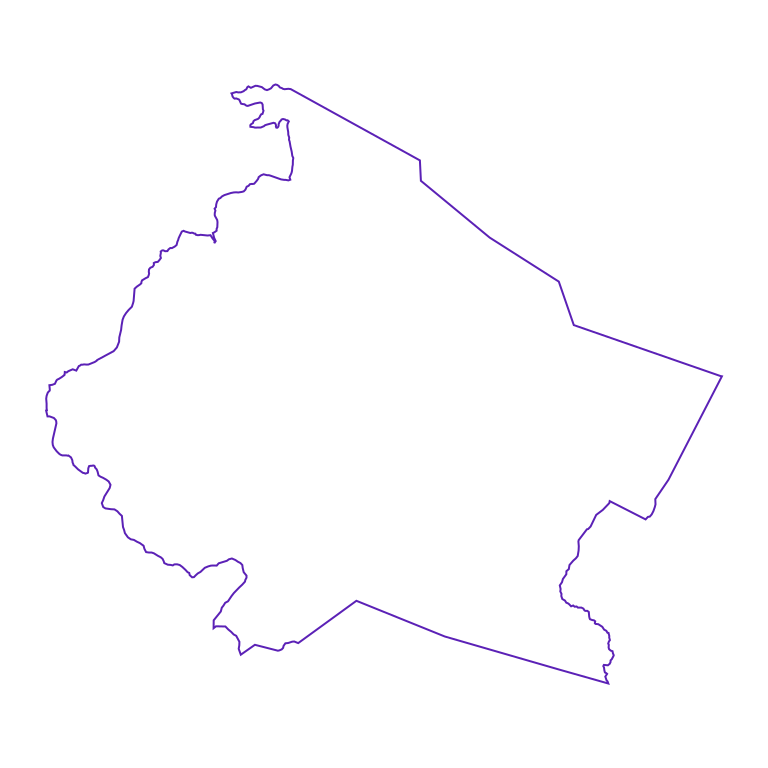 outline of San Francisco Sola, Oaxaca, Mexico
{"feature_id": "50627088B91493319317799", "entity_name": "San Francisco Sola", "entity_type": "district", "adm_level": 2, "iso_a3": "MEX", "parent_name": "Mexico", "parent_adm1": "Oaxaca", "projection": "robinson", "projection_center": [-96.931, 16.519], "detail": "fine", "context": "isolated", "style": "outline", "palette": "violet", "viewbox_px": 768, "rotation_deg": 0, "n_neighbors": 0, "source": "geoboundaries", "source_scale": "gbopen_adm2", "svg_char_len": 5993}
<svg xmlns="http://www.w3.org/2000/svg" viewBox="0 0 768 768"><path d="M420.9,180.8L419.9,160.4L290.7,89.1L288.3,88.8L284.6,89.2L283.1,88.9L282.2,88.3L279.7,87.3L278.8,86.0L277.1,84.9L275.4,84.5L273.3,85.5L271.0,88.3L269.1,89.3L267.0,90.1L264.8,89.4L261.8,87.1L257.3,85.9L255.4,85.8L250.9,87.8L248.4,86.4L247.4,87.1L246.3,89.3L244.9,90.1L243.6,91.2L241.0,92.3L238.2,92.4L236.3,92.0L231.5,93.4L232.0,94.2L232.6,96.6L233.9,98.2L234.8,98.7L236.1,98.4L238.8,99.4L239.4,100.0L241.0,103.6L242.2,104.0L244.6,104.3L245.5,105.1L246.5,105.7L247.8,105.9L254.9,103.5L260.2,102.5L261.7,103.0L262.6,104.5L262.9,109.3L263.5,110.7L262.5,113.9L261.3,114.2L260.3,115.6L259.7,117.0L259.0,118.0L258.0,118.9L254.6,120.2L253.5,121.2L252.9,123.1L251.1,124.2L250.3,125.2L250.4,126.8L253.7,127.2L254.9,127.6L260.8,127.5L263.9,126.2L265.1,125.2L266.6,124.7L273.5,122.8L275.0,123.2L275.7,124.3L276.0,125.3L275.9,126.7L276.4,127.7L277.4,127.7L278.2,126.8L278.6,125.7L278.6,124.3L279.6,121.8L281.0,120.4L281.5,119.5L283.0,119.0L285.1,119.5L286.5,120.4L287.6,120.3L288.8,121.4L287.6,123.9L287.3,125.7L287.4,127.4L288.2,132.0L288.3,134.8L289.2,137.6L289.0,139.8L289.6,141.4L290.5,146.6L291.7,151.7L292.3,155.9L293.3,158.0L292.9,160.5L292.8,164.8L292.4,166.7L292.0,170.9L291.6,172.6L291.2,173.7L289.5,177.2L290.3,179.7L288.4,180.4L285.8,179.9L284.4,179.9L281.1,179.4L270.3,175.6L268.9,175.2L267.1,175.2L263.6,174.3L261.1,175.3L258.7,177.1L258.1,178.9L256.8,180.7L254.2,183.7L252.7,184.0L251.9,183.9L249.9,184.2L248.6,185.8L246.7,186.7L245.4,189.7L243.7,191.4L241.9,191.9L238.1,192.5L236.8,192.3L234.0,192.4L230.9,193.0L224.4,195.1L222.0,196.4L220.3,198.1L218.8,198.7L217.0,201.6L216.2,204.5L216.0,207.1L214.6,208.7L215.4,210.6L214.8,212.8L214.7,215.0L215.0,216.0L217.2,220.0L217.5,222.1L217.3,227.2L216.6,228.9L216.6,230.7L214.4,232.3L212.9,233.0L214.2,238.0L215.7,241.1L214.3,243.2L214.7,240.9L213.5,239.6L212.6,238.5L210.5,235.2L207.5,235.5L200.6,234.8L199.1,235.1L197.2,235.1L195.8,234.7L195.4,233.7L194.3,233.6L192.7,232.8L191.7,232.7L190.3,233.0L185.0,231.5L183.6,230.8L181.8,231.6L179.7,235.9L178.6,238.3L178.2,239.9L177.4,241.7L176.6,245.0L174.7,246.6L171.9,248.1L170.3,248.0L168.5,249.4L167.4,251.1L165.1,251.2L163.5,250.4L162.2,250.4L160.7,251.5L160.9,252.8L160.3,255.9L160.9,258.0L159.4,260.1L157.8,261.9L155.4,262.2L153.8,263.0L153.9,265.0L152.6,266.8L150.4,267.7L149.0,269.4L148.8,271.9L149.1,273.5L148.7,275.2L147.9,277.1L145.6,278.2L142.0,280.4L141.4,282.1L141.3,283.3L140.1,284.4L136.9,286.6L134.6,288.7L133.6,301.0L133.1,303.0L131.9,306.7L128.6,310.0L126.1,313.0L123.9,316.4L122.6,319.7L121.6,325.4L121.1,329.9L119.3,337.4L119.1,341.7L116.9,347.4L113.7,351.1L97.2,360.0L96.7,360.7L94.7,362.0L88.5,364.5L86.8,364.6L84.0,364.4L82.6,364.7L81.1,364.7L80.0,365.6L78.8,366.1L76.3,370.6L72.7,369.3L68.3,371.2L66.7,372.5L64.8,372.0L64.6,374.7L64.3,374.8L64.1,375.3L61.7,377.1L59.0,378.8L57.3,379.6L56.5,380.4L54.9,383.8L52.3,384.8L49.4,385.2L49.8,389.6L49.7,390.6L48.3,392.0L47.8,392.6L47.3,393.9L46.6,395.9L46.2,398.7L46.6,403.7L46.6,408.3L46.9,410.3L46.1,410.5L47.5,416.4L49.6,416.4L53.9,418.0L55.8,420.1L56.2,421.3L56.4,423.4L52.9,438.7L52.5,442.0L52.8,445.0L53.7,447.3L54.8,448.8L56.7,451.3L59.2,453.8L60.5,454.7L62.3,455.4L66.3,455.4L67.8,455.7L68.4,455.5L71.0,457.4L72.3,460.2L72.6,462.6L73.2,463.8L73.4,464.9L75.2,466.5L78.1,469.4L82.8,472.8L84.2,473.1L85.4,473.6L87.3,473.0L88.0,472.6L88.3,468.3L89.1,466.1L90.6,465.8L91.8,465.8L93.2,465.5L94.1,465.7L94.7,466.3L95.1,467.6L96.7,469.4L97.6,471.7L98.5,475.4L100.5,476.7L103.0,477.8L106.3,479.7L108.7,481.5L110.5,484.8L109.7,488.0L104.4,496.5L103.1,500.3L101.8,503.1L103.2,507.0L105.4,508.4L111.0,509.2L114.5,509.4L117.4,511.3L119.6,513.8L121.9,515.9L123.0,527.0L124.1,530.0L124.9,533.1L127.9,537.3L130.8,539.3L133.9,539.9L136.9,541.7L139.9,543.1L143.6,545.8L144.4,548.8L146.1,552.1L148.7,552.5L151.5,552.5L153.9,553.3L157.9,555.8L160.8,557.3L162.6,558.9L163.7,561.2L164.3,563.1L167.8,564.7L170.6,564.9L172.8,565.4L174.3,564.4L177.0,564.3L179.7,565.0L182.4,567.0L185.6,570.0L187.6,572.2L189.2,572.9L189.7,575.1L192.1,577.3L194.0,577.1L195.6,575.4L197.8,573.4L200.5,571.9L204.8,567.8L208.2,566.4L211.0,565.6L213.9,565.5L216.7,565.6L218.7,563.3L226.9,560.8L228.9,559.3L231.9,558.5L235.4,560.0L238.0,561.8L240.4,563.0L242.3,565.0L242.7,568.0L243.7,572.2L246.5,575.6L246.5,577.7L245.3,580.0L245.0,581.6L242.2,584.7L239.2,587.5L233.9,593.0L231.5,596.1L228.0,601.3L225.2,602.8L223.4,605.7L221.8,607.7L220.8,611.5L213.7,620.3L213.6,628.2L216.0,626.3L225.4,626.5L228.3,629.5L231.2,631.9L233.7,634.5L236.2,635.8L239.4,641.8L239.3,645.3L238.7,648.8L240.8,654.7L254.9,644.8L277.9,650.7L279.3,650.4L281.7,649.4L283.1,647.9L283.6,645.8L285.4,643.3L288.2,643.0L292.1,641.7L294.2,641.5L298.2,643.1L356.4,600.8L444.8,636.5L558.9,669.5L608.3,683.5L607.6,681.5L606.5,680.2L605.3,676.6L607.1,673.9L606.3,673.2L604.9,672.4L604.4,670.5L604.0,667.5L603.3,666.1L603.9,664.9L607.9,665.3L609.7,663.8L610.5,662.2L610.6,660.4L611.8,659.2L613.7,655.5L613.5,654.5L613.0,653.6L612.5,651.2L610.7,650.6L609.1,649.2L608.6,647.5L608.8,644.8L608.2,643.6L608.9,641.5L609.9,640.1L609.2,637.5L609.3,636.0L608.5,632.9L607.5,632.8L606.3,630.8L604.1,629.6L602.3,626.8L598.3,624.2L595.5,623.9L594.8,623.1L595.2,621.3L593.9,620.3L592.4,620.1L590.0,619.2L589.6,618.3L589.2,616.6L588.8,612.0L587.4,610.9L585.3,610.9L584.4,610.3L583.4,608.6L581.4,607.6L577.9,607.6L576.6,606.5L574.6,606.7L573.2,605.5L571.1,606.3L569.1,604.2L567.9,603.3L566.3,602.7L565.0,600.6L562.3,599.0L561.3,596.0L561.5,593.9L560.3,591.4L560.6,589.0L559.8,585.4L562.0,582.2L562.9,579.0L566.3,574.3L566.4,571.2L568.8,569.1L569.5,565.0L573.3,560.6L575.9,558.3L577.7,556.0L578.6,550.5L578.8,546.2L578.4,541.5L578.7,540.1L586.9,529.3L588.2,529.0L590.6,526.5L596.2,514.9L602.8,509.9L609.3,503.1L609.7,501.1L645.6,519.4L647.9,516.9L649.8,516.6L651.7,514.4L653.4,511.1L654.8,507.1L655.5,504.4L655.3,499.1L668.5,479.7L721.9,376.3L720.4,376.0L573.8,325.1L558.8,281.6L489.7,237.6L420.9,180.8Z" fill="none" stroke="#5b21b6" stroke-width="2"/></svg>